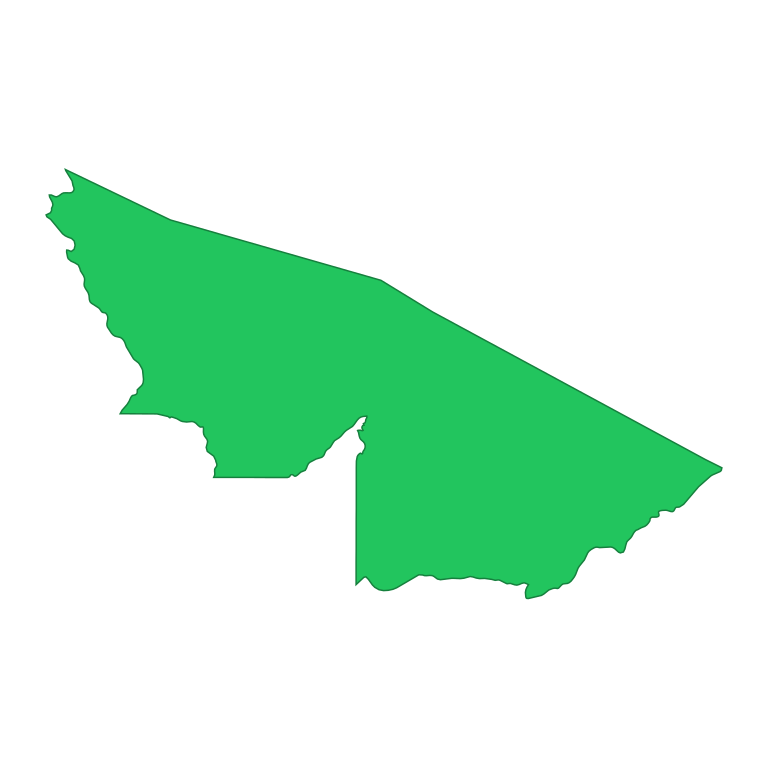 outline of Acre
{"feature_id": "BRA-576", "entity_name": "Acre", "entity_type": "State", "adm_level": 1, "iso_a3": "BRA", "parent_name": "Brazil", "parent_adm1": "", "projection": "natural_earth1", "projection_center": [-70.836, -9.13], "detail": "fine", "context": "isolated", "style": "filled", "palette": "green", "viewbox_px": 768, "rotation_deg": 0, "n_neighbors": 0, "source": "natural_earth", "source_scale": "10m", "svg_char_len": 4584}
<svg xmlns="http://www.w3.org/2000/svg" viewBox="0 0 768 768"><path d="M453.4,578.3L451.7,578.3L440.4,579.7L437.4,579.0L433.9,576.4L432.3,575.6L429.9,575.4L426.2,575.7L424.4,575.6L422.6,575.0L418.8,574.8L396.6,587.8L392.9,589.3L388.3,590.3L383.6,590.6L379.0,589.7L374.8,587.3L372.4,584.9L368.4,579.3L365.9,576.8L363.9,577.3L356.1,584.6L356.1,575.9L356.1,562.4L356.2,548.8L356.2,535.2L356.2,521.6L356.3,508.1L356.3,494.5L356.3,480.9L356.3,472.1L356.3,467.3L356.4,461.0L357.2,456.7L357.8,455.5L358.5,454.6L359.4,453.8L360.3,453.2L360.8,453.2L361.8,453.9L362.3,453.8L362.7,453.2L362.9,451.9L363.2,451.2L364.4,449.5L365.1,447.6L365.2,445.6L364.6,443.5L363.5,441.9L360.8,439.5L359.8,437.9L359.2,435.9L358.5,432.4L357.6,430.5L358.1,430.3L360.6,430.2L361.0,430.4L362.3,430.7L363.1,430.4L361.9,427.9L362.1,426.6L362.8,425.5L364.0,425.2L363.8,424.8L363.6,424.0L363.4,423.6L365.1,422.7L365.5,421.4L365.8,419.7L366.7,417.8L366.9,417.5L366.8,416.1L362.9,416.5L361.1,417.0L359.3,418.0L357.4,419.9L354.2,424.4L352.5,426.4L346.4,430.3L344.5,432.0L341.1,436.0L339.2,437.7L334.6,440.6L333.2,442.5L330.5,446.9L329.5,447.9L327.1,449.6L326.1,450.6L325.3,451.9L324.2,454.6L323.5,455.8L321.8,457.3L316.1,459.0L310.0,462.2L308.5,463.5L307.3,465.8L306.4,468.3L305.2,470.3L300.8,472.1L297.5,475.0L295.8,476.1L294.5,476.1L293.8,475.6L293.1,475.0L292.1,474.6L290.8,474.8L290.3,475.4L289.9,476.2L289.0,477.0L287.4,477.5L284.0,477.5L267.6,477.5L251.3,477.4L234.9,477.4L218.6,477.4L213.7,477.4L214.7,475.1L214.8,473.2L214.6,471.4L214.7,469.2L215.3,468.1L216.7,466.1L216.9,464.8L216.7,463.7L215.9,461.5L215.7,460.3L213.7,456.1L207.3,451.4L206.2,447.4L207.3,443.3L207.6,441.3L207.0,439.4L204.5,436.0L203.7,434.2L203.4,432.0L203.5,428.8L203.4,427.8L202.9,426.9L202.0,426.9L200.9,427.1L200.0,426.9L198.3,425.6L195.8,423.1L194.0,422.0L192.1,421.5L186.6,422.0L182.5,421.5L180.7,420.9L176.9,418.7L173.2,417.4L171.4,416.9L171.1,417.0L170.3,417.6L169.9,417.8L169.4,417.6L168.6,416.8L168.1,416.5L157.0,413.9L120.2,413.7L122.1,410.2L127.0,404.6L129.1,401.3L130.6,397.9L131.6,396.2L132.7,395.4L134.0,395.2L135.5,394.7L136.7,393.9L137.2,392.6L137.3,389.7L141.4,385.8L142.4,384.5L143.2,382.5L143.5,379.3L142.6,370.3L142.0,368.6L139.5,364.2L138.3,362.7L134.9,360.1L133.5,358.8L126.4,346.9L124.8,342.4L123.7,340.4L122.1,338.6L120.4,337.5L115.1,336.2L113.2,335.0L111.5,333.2L107.6,327.3L107.0,325.6L106.9,323.6L107.8,318.8L107.7,316.6L107.0,314.7L105.7,313.1L104.9,312.8L103.0,312.5L102.1,312.1L101.2,311.1L99.7,308.9L98.7,307.9L91.4,303.2L90.1,301.8L89.4,299.8L89.0,295.4L88.1,292.6L85.5,288.6L84.3,286.1L84.1,284.1L84.6,280.1L84.5,278.1L83.5,275.6L80.5,270.8L79.9,268.5L78.3,265.0L74.9,262.9L71.0,261.1L68.2,258.7L67.6,257.2L66.6,252.1L66.7,250.1L68.1,250.2L71.2,251.5L74.1,249.3L75.1,245.2L74.2,241.0L71.5,238.4L68.1,237.2L65.2,235.8L62.6,233.8L50.6,219.3L46.9,216.8L46.1,214.9L49.2,213.4L50.4,212.8L51.6,210.5L51.6,208.2L52.4,206.6L52.9,204.8L52.3,202.1L49.6,196.9L49.3,195.0L51.3,195.0L55.0,196.6L56.7,196.8L58.8,195.9L62.1,193.5L63.7,192.9L66.1,192.8L69.7,192.9L71.5,192.6L73.0,191.6L74.1,189.5L73.8,187.5L73.0,185.5L72.1,181.0L65.7,170.5L65.4,169.5L66.6,170.1L170.5,220.0L380.9,280.3L432.7,312.0L705.3,459.5L721.9,467.8L721.6,468.9L721.4,470.1L720.9,470.9L720.0,471.6L712.5,474.9L710.7,476.0L698.6,486.7L683.7,504.2L679.6,506.9L678.6,507.1L676.6,507.2L675.7,507.6L675.1,508.4L674.5,509.7L673.8,510.8L672.7,511.6L671.1,511.6L667.5,510.5L665.9,510.2L662.1,510.4L660.0,510.8L658.7,511.5L658.5,512.5L659.0,514.8L658.9,515.8L658.2,516.5L657.2,516.9L656.2,517.1L652.1,517.1L651.3,517.4L650.3,518.4L650.0,519.2L650.0,520.1L649.6,521.3L648.3,523.2L646.7,525.0L644.9,526.3L641.1,527.8L637.8,529.6L636.0,530.3L634.6,531.7L633.6,533.1L631.8,536.4L630.6,538.0L627.8,540.7L626.8,541.9L625.8,545.1L624.9,548.9L623.4,552.0L620.3,552.9L618.5,552.1L614.9,548.8L613.2,547.7L611.9,547.2L610.5,547.0L599.6,547.6L597.0,547.1L595.4,547.3L593.9,547.9L591.1,549.5L589.0,551.2L587.7,552.9L584.4,559.9L579.3,566.2L578.0,568.3L575.6,574.5L574.3,576.9L572.7,579.1L571.0,581.2L569.1,582.7L567.5,583.4L563.2,583.9L561.6,584.9L558.6,588.1L557.3,588.5L555.8,588.2L554.2,588.2L552.7,588.5L548.8,590.0L544.0,593.9L541.5,595.4L528.4,598.5L526.8,598.4L526.1,597.8L525.8,596.8L525.4,592.5L525.9,589.7L527.0,587.1L528.5,584.7L526.9,583.8L524.2,582.8L521.7,583.4L519.2,584.5L516.9,585.1L514.7,584.8L510.4,583.4L508.2,583.6L507.8,583.7L507.0,583.7L506.6,583.6L499.8,580.2L498.4,579.9L495.2,580.3L491.8,579.4L484.6,578.4L479.5,578.6L476.1,578.0L473.1,577.0L470.1,576.5L463.9,578.2L460.3,578.6L453.4,578.3Z" fill="#22c55e" stroke="#15803d" stroke-width="1.5"/></svg>